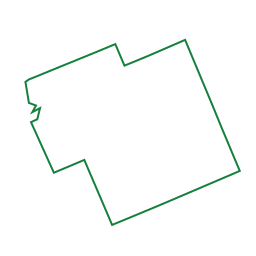 outline of Carroll, Indiana, United States of America, rotated 337°
{"feature_id": "52423323B58725996367098", "entity_name": "Carroll", "entity_type": "district", "adm_level": 2, "iso_a3": "USA", "parent_name": "United States of America", "parent_adm1": "Indiana", "projection": "natural_earth1", "projection_center": [-86.613, 40.585], "detail": "fine", "context": "isolated", "style": "outline", "palette": "green", "viewbox_px": 256, "rotation_deg": 337, "n_neighbors": 0, "source": "geoboundaries", "source_scale": "gbopen_adm2", "svg_char_len": 426}
<svg xmlns="http://www.w3.org/2000/svg" viewBox="0 0 256 256"><g transform="rotate(337 128 128)"><path d="M124.6,45.6L91.2,45.1L55.7,44.6L51.6,45.5L46.6,66.2L52.1,71.4L46.2,76.0L54.8,75.3L47.9,84.5L41.0,84.7L42.3,140.2L75.3,140.3L75.5,211.0L125.0,211.4L132.5,211.4L214.1,211.2L214.3,164.3L214.6,140.6L215.0,69.2L174.0,69.5L149.1,69.2L149.1,55.7L149.1,45.8L124.6,45.6Z" fill="none" stroke="#15803d" stroke-width="2"/></g></svg>